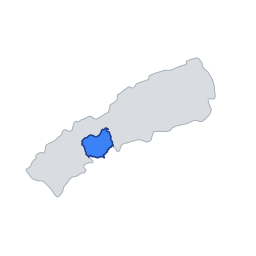 Bagmati on a map of Nepal (Robinson projection), rotated 127°
{"feature_id": "NPL-1130", "entity_name": "Bagmati", "entity_type": "District", "adm_level": 1, "iso_a3": "NPL", "parent_name": "Nepal", "parent_adm1": "", "projection": "robinson", "projection_center": [85.32, 27.846], "detail": "fine", "context": "in_parent", "style": "filled", "palette": "blue", "viewbox_px": 256, "rotation_deg": 127, "n_neighbors": 0, "source": "natural_earth", "source_scale": "10m", "svg_char_len": 4781}
<svg xmlns="http://www.w3.org/2000/svg" viewBox="0 0 256 256"><g transform="rotate(127 128 128)"><path d="M224.5,142.3L225.5,143.0L225.6,144.3L225.5,145.7L224.5,148.7L223.6,150.9L222.6,155.4L221.6,163.2L221.9,164.5L224.7,169.0L225.9,172.4L226.0,174.8L224.8,178.7L223.5,183.1L222.8,184.1L222.0,184.5L218.5,182.9L216.0,183.1L213.2,184.0L210.3,183.8L207.9,183.3L204.9,185.1L201.9,184.1L200.0,183.0L198.8,180.0L198.2,179.6L192.1,182.8L190.6,183.0L186.8,181.3L183.6,179.5L182.5,179.0L179.4,178.4L176.7,178.0L173.8,176.9L170.1,178.3L168.6,178.2L167.2,177.2L166.5,175.1L166.3,173.2L165.0,171.8L163.1,171.5L160.4,172.7L156.4,174.3L155.1,174.0L154.0,173.6L153.5,173.2L153.0,171.3L152.4,170.9L151.4,170.8L149.8,170.4L147.8,169.0L141.7,165.8L140.9,164.4L141.0,161.2L140.6,159.9L139.9,158.5L136.7,157.1L130.7,154.8L127.3,153.0L125.7,153.9L122.6,154.6L121.0,156.2L119.0,155.7L114.3,154.0L111.7,153.8L110.2,154.3L109.8,155.3L107.9,156.4L106.1,155.6L102.4,154.4L99.3,153.7L94.4,152.2L93.9,150.0L93.1,147.9L92.0,147.5L87.7,147.9L83.7,145.5L79.5,142.4L77.7,141.4L76.5,141.0L75.5,141.5L74.3,142.2L73.2,142.4L70.9,141.0L68.0,139.2L64.4,136.8L60.2,133.6L58.5,131.8L57.7,130.4L56.8,129.1L53.1,127.0L50.2,125.3L46.8,123.3L46.2,122.9L44.9,121.7L42.8,120.2L41.2,119.7L40.6,120.6L40.2,121.4L38.8,121.2L36.5,119.7L34.2,118.1L32.3,116.6L30.4,115.1L30.0,113.9L30.8,110.4L32.0,107.4L32.9,106.7L34.5,104.7L35.1,101.2L35.1,98.2L36.6,94.0L38.7,89.5L42.3,84.7L43.9,83.1L45.6,82.0L48.9,78.5L49.6,77.9L51.0,77.0L52.4,76.8L53.5,77.2L54.6,79.1L55.8,80.8L57.5,80.8L59.3,79.2L63.3,72.3L68.7,70.9L73.8,71.6L78.4,72.6L79.7,74.9L80.5,77.4L81.1,78.6L82.6,80.1L88.9,83.5L92.6,86.7L97.7,90.9L101.6,92.7L105.0,92.9L106.9,94.5L109.7,97.8L112.2,101.6L115.2,105.0L117.3,104.9L120.2,103.8L123.7,102.3L125.8,103.0L127.7,104.0L128.3,105.8L129.5,109.2L130.8,112.7L132.8,114.0L135.1,115.8L136.5,117.3L140.9,119.9L141.5,121.0L142.4,121.7L143.5,122.2L144.4,122.7L145.8,122.9L151.0,121.3L152.4,121.5L153.2,121.8L153.2,122.4L152.3,124.9L151.5,128.0L152.3,129.6L154.5,130.3L159.3,130.8L165.7,130.7L167.7,132.3L169.6,134.8L171.6,138.9L172.4,140.6L173.4,141.1L175.1,140.5L175.3,138.8L175.4,136.2L176.8,135.4L177.7,136.0L178.8,138.0L181.5,139.8L183.4,140.6L185.2,140.3L186.0,139.6L186.9,136.2L188.4,135.7L190.2,135.9L190.9,136.6L191.7,138.0L193.9,138.6L196.1,139.5L198.2,140.6L201.1,143.2L204.7,143.7L208.9,143.6L211.1,143.7L212.8,143.8L214.2,143.7L218.5,141.8L220.3,141.7L222.5,141.9L224.5,142.3Z" fill="#d9dde1" stroke="#a8b0b8" stroke-width="1"/><path d="M151.3,129.2L151.3,129.6L151.5,130.0L152.0,130.3L152.6,130.3L153.1,130.1L153.5,130.0L154.3,130.7L154.7,130.9L155.2,131.0L155.6,131.0L155.9,131.0L156.6,130.6L156.9,130.6L157.2,130.7L157.4,131.0L157.7,131.2L158.1,131.2L158.5,131.1L159.0,130.4L159.4,130.2L159.8,130.2L160.1,130.3L160.8,130.7L161.4,130.6L161.9,130.6L162.5,130.7L163.0,130.8L163.5,131.1L163.8,131.5L164.1,131.5L164.8,130.4L165.0,130.3L165.5,130.1L165.6,129.9L165.7,129.7L165.7,129.4L165.7,129.2L166.1,129.1L166.2,129.7L166.2,131.0L166.6,131.7L167.1,132.3L167.6,132.8L168.3,133.3L169.3,133.8L169.8,134.1L170.2,134.5L170.3,134.8L170.4,135.5L170.8,136.0L170.9,136.3L170.8,136.6L170.9,136.9L171.1,137.6L171.3,138.0L172.2,138.8L172.5,139.3L172.5,139.8L172.4,140.4L172.3,141.0L172.6,141.7L173.0,141.9L174.2,141.7L174.8,141.8L174.4,143.1L174.3,143.7L174.4,144.7L174.4,145.4L174.3,145.6L174.1,145.8L173.6,145.9L173.4,146.0L173.2,146.2L172.9,146.7L172.5,147.6L172.2,148.1L171.9,148.5L170.9,149.6L169.8,151.1L169.7,151.5L169.4,152.0L169.2,152.3L169.0,152.6L168.9,152.8L169.0,153.2L169.0,153.4L169.1,154.5L168.6,155.2L167.2,155.4L166.9,155.6L166.8,155.8L166.7,156.0L166.7,156.3L166.5,156.7L166.2,156.8L165.9,156.9L162.4,156.6L162.2,156.6L161.5,156.1L160.9,155.5L160.3,155.1L159.6,154.9L158.8,154.8L157.8,154.6L156.3,153.7L155.9,153.4L155.7,153.1L155.6,152.8L155.5,152.1L155.4,151.9L155.2,151.6L155.1,151.4L155.0,150.9L154.8,149.2L154.5,148.1L154.4,147.9L154.2,147.7L152.8,147.4L151.5,146.8L151.1,146.7L150.8,146.6L149.1,146.7L148.9,146.7L148.2,147.0L147.7,147.0L147.2,147.1L146.6,147.5L146.2,147.6L144.4,147.5L144.1,146.6L144.0,146.4L143.9,146.2L143.6,146.1L141.8,146.0L141.4,145.9L141.3,145.7L141.4,145.3L141.3,145.1L141.0,144.6L140.8,144.3L140.7,144.1L140.7,143.9L140.8,143.6L140.9,143.3L141.0,143.1L141.2,143.3L141.3,143.3L141.4,143.5L141.5,143.6L141.7,143.8L141.9,143.9L142.1,144.0L142.3,144.0L142.5,144.0L142.9,143.9L143.1,143.8L143.2,143.5L143.3,142.9L143.3,142.5L143.2,142.1L142.7,141.2L142.6,140.8L142.6,140.5L142.7,140.2L143.5,139.5L143.8,139.0L145.1,136.5L145.2,136.3L145.5,136.0L145.9,135.8L146.4,135.6L147.1,135.4L147.3,135.3L147.6,135.0L147.8,134.4L148.2,132.8L148.5,132.3L148.8,131.9L149.8,131.1L150.0,130.8L150.5,129.8L150.9,129.4L151.3,129.2L151.3,129.2Z" fill="#3b82f6" stroke="#1e3a8a" stroke-width="1.5"/></g></svg>